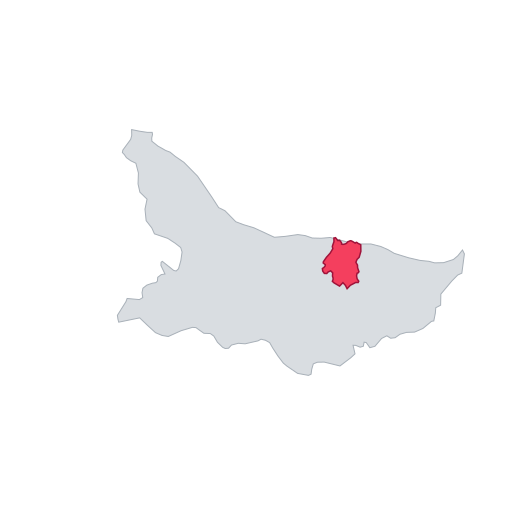 location of Făleşti within Moldova, rotated 131°
{"feature_id": "MDA-1620", "entity_name": "Făleşti", "entity_type": "District", "adm_level": 1, "iso_a3": "MDA", "parent_name": "Moldova", "parent_adm1": "", "projection": "albers", "projection_center": [27.695, 47.571], "detail": "fine", "context": "in_parent", "style": "filled", "palette": "rose", "viewbox_px": 512, "rotation_deg": 131, "n_neighbors": 0, "source": "natural_earth", "source_scale": "10m", "svg_char_len": 2918}
<svg xmlns="http://www.w3.org/2000/svg" viewBox="0 0 512 512"><g transform="rotate(131 256 256)"><path d="M116.0,104.1L117.7,100.1L133.9,89.4L138.1,91.3L146.4,91.8L163.5,91.5L172.0,84.4L177.1,86.4L181.4,83.2L188.4,79.2L189.4,80.1L190.3,80.7L201.2,82.5L209.4,86.4L214.9,92.3L220.6,96.0L226.4,97.4L229.7,100.4L230.4,104.9L235.8,107.1L246.1,107.0L250.5,109.9L249.0,116.0L250.1,117.9L253.7,115.8L256.5,117.6L258.0,122.1L259.7,124.2L264.9,117.1L270.4,117.7L283.9,120.5L291.3,134.9L295.9,140.0L299.8,142.0L304.8,139.7L309.1,136.9L311.7,138.1L317.3,147.6L318.8,160.2L318.9,165.2L317.1,173.8L314.5,182.9L312.4,188.9L313.4,193.6L315.5,197.6L318.7,198.8L329.4,206.6L333.5,212.1L339.3,216.1L343.6,216.2L346.0,218.5L346.8,221.3L346.4,228.5L344.1,235.3L344.5,239.6L348.5,244.6L349.1,250.5L349.4,254.3L351.6,257.2L361.5,263.5L374.3,269.4L377.6,274.8L379.8,281.6L379.5,293.1L379.0,303.2L396.0,316.2L394.2,318.8L391.7,321.7L375.8,324.2L372.6,325.4L365.4,315.4L361.7,314.2L358.4,318.0L354.5,320.2L349.6,319.3L344.4,316.3L341.8,314.1L339.7,313.9L336.5,316.2L332.2,315.3L329.3,312.9L325.5,321.6L323.0,323.5L321.5,323.2L320.9,308.6L319.7,306.4L316.4,306.1L308.8,309.7L301.5,314.4L299.0,318.4L299.4,325.6L300.6,334.2L305.9,347.2L303.2,353.0L301.4,362.1L293.5,370.5L284.6,375.5L284.0,385.5L279.0,392.3L270.5,399.2L264.8,407.5L266.3,413.0L266.8,418.3L265.8,422.0L265.6,424.7L263.4,426.0L250.2,427.1L246.5,428.9L242.2,432.8L238.0,425.4L233.9,419.0L230.8,415.5L232.1,413.9L235.4,412.1L237.7,409.9L237.4,402.2L235.6,393.3L234.0,389.0L233.8,382.3L232.6,371.9L234.1,352.5L240.5,328.0L244.0,315.9L242.2,309.2L243.4,293.7L240.6,286.1L236.1,276.1L229.8,254.4L222.0,246.8L212.4,238.5L208.3,232.2L205.5,225.3L199.8,218.4L193.3,212.1L185.6,196.3L181.6,189.2L180.3,187.2L171.5,177.1L166.9,167.9L164.6,160.4L163.3,153.4L157.2,139.6L151.7,129.3L146.5,121.9L144.0,116.7L137.9,110.0L129.1,104.7L123.4,103.8L116.0,104.1Z" fill="#d9dde1" stroke="#a8b0b8" stroke-width="1"/><path d="M178.9,184.9L178.8,184.3L183.7,179.9L189.3,177.3L192.3,177.5L195.2,176.5L196.3,173.4L197.3,172.5L198.3,171.5L200.3,168.0L201.5,167.8L202.7,168.4L205.0,167.1L206.9,164.7L207.6,161.9L209.0,161.5L210.6,163.4L212.7,164.2L216.2,165.6L220.9,165.8L219.5,169.2L219.1,172.9L223.9,173.2L225.1,179.5L225.0,181.8L223.0,182.5L221.9,183.6L221.0,185.1L218.4,187.1L218.2,189.9L220.7,191.1L222.8,191.1L224.3,193.0L223.6,195.8L221.9,197.7L220.0,197.2L218.1,197.3L217.1,198.0L217.2,200.7L216.1,201.4L210.7,202.0L205.3,201.9L200.1,202.8L198.7,204.7L194.0,206.6L191.9,208.5L191.3,209.0L191.1,208.8L190.0,208.0L190.7,204.4L189.3,203.2L189.5,201.8L189.8,200.6L190.2,199.7L190.9,199.2L190.3,198.1L189.3,197.2L188.1,196.5L187.1,196.0L186.9,196.1L184.9,196.0L184.4,195.8L184.1,195.5L183.7,195.3L183.0,195.1L182.2,194.4L181.7,192.7L181.2,189.6L180.9,189.5L180.1,189.4L179.8,189.2L179.6,188.6L179.6,187.6L179.5,187.2L179.3,186.4L178.9,184.9Z" fill="#f43f5e" stroke="#9f1239" stroke-width="1.5"/></g></svg>